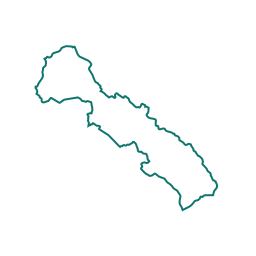 an SVG outline of Manica, rotated 122°
{"feature_id": "MOZ-1192", "entity_name": "Manica", "entity_type": "Province", "adm_level": 1, "iso_a3": "MOZ", "parent_name": "Mozambique", "parent_adm1": "", "projection": "robinson", "projection_center": [33.487, -18.999], "detail": "fine", "context": "isolated", "style": "outline", "palette": "teal", "viewbox_px": 256, "rotation_deg": 122, "n_neighbors": 0, "source": "natural_earth", "source_scale": "10m", "svg_char_len": 5899}
<svg xmlns="http://www.w3.org/2000/svg" viewBox="0 0 256 256"><g transform="rotate(122 128 128)"><path d="M110.6,103.7L111.3,102.5L112.4,101.7L112.5,101.2L112.3,100.4L111.6,99.6L109.9,98.1L109.4,97.2L109.2,96.6L109.3,96.3L109.8,95.4L110.1,94.5L110.1,94.2L110.0,92.9L108.7,88.6L108.7,87.7L108.9,86.5L108.4,85.9L108.4,85.5L108.6,85.2L109.1,84.7L109.3,84.2L109.2,83.4L108.8,82.3L108.7,81.5L108.8,80.7L109.0,79.8L109.4,79.1L110.0,78.8L111.0,78.1L111.1,76.6L111.0,74.8L111.1,73.2L111.7,71.7L111.9,70.9L111.7,70.0L111.2,69.3L109.9,68.6L109.2,68.1L109.1,67.7L108.7,66.3L108.7,65.9L108.9,65.6L109.2,65.4L109.5,65.1L110.9,62.0L111.4,61.1L112.3,60.7L112.6,59.6L112.5,59.0L112.3,58.4L112.3,58.2L113.0,57.2L114.3,54.2L114.4,53.9L114.4,53.6L114.1,52.7L114.1,52.2L114.4,51.1L114.5,50.2L114.9,49.0L115.6,47.8L116.3,47.2L116.8,46.6L117.2,46.4L118.7,46.1L119.2,45.6L119.4,45.3L119.7,43.7L120.8,39.9L122.2,37.7L122.3,37.3L122.4,36.9L122.4,36.5L122.5,35.8L122.5,35.0L122.6,34.3L123.4,33.3L123.8,32.9L124.4,32.7L124.6,32.5L124.9,31.7L126.9,28.8L127.1,28.4L127.2,28.1L126.9,27.5L126.9,27.3L127.0,26.4L126.9,25.4L127.2,25.2L128.4,23.2L129.2,22.4L130.1,21.7L131.1,21.3L132.3,21.1L135.9,21.5L136.5,21.4L138.1,20.8L138.6,20.7L139.9,20.7L140.0,20.5L140.7,21.4L141.7,23.2L142.9,24.9L144.0,26.8L144.7,27.5L145.6,28.0L146.0,28.1L146.7,28.2L147.1,28.4L147.4,29.5L147.7,29.9L148.3,30.1L149.6,29.7L150.1,29.8L151.3,30.1L152.0,30.4L153.8,32.1L154.4,32.5L155.0,32.8L157.4,32.9L159.8,33.4L161.8,34.1L168.6,38.2L166.4,41.0L165.7,42.7L165.3,43.4L164.2,44.6L163.9,44.8L161.3,46.1L159.2,46.8L158.1,47.4L157.5,47.9L157.3,48.2L155.1,53.1L155.1,53.4L155.0,54.0L155.1,56.3L155.0,57.1L154.8,58.0L154.1,59.5L153.6,61.3L153.3,63.3L153.3,65.5L153.2,66.1L151.7,69.9L151.6,70.4L151.7,71.0L152.7,75.4L152.8,76.0L152.3,80.0L152.3,80.6L152.4,81.0L152.7,81.3L155.7,82.6L155.9,82.7L156.6,83.7L157.0,84.1L157.2,84.3L157.2,84.8L157.0,86.6L157.3,87.3L157.3,88.4L157.1,90.1L156.2,93.7L155.8,95.0L155.2,95.6L153.7,95.4L153.2,95.5L152.8,95.8L151.7,97.5L151.0,97.7L150.3,97.4L149.8,97.1L149.4,96.7L148.7,96.1L148.3,95.6L148.1,94.4L147.7,93.6L147.0,92.8L146.5,92.6L144.9,92.3L144.6,92.9L144.4,94.2L144.2,94.6L143.4,95.4L142.5,96.0L141.9,96.5L141.4,97.3L140.4,98.5L140.4,99.2L141.3,100.9L141.5,101.5L141.4,102.5L141.1,103.7L141.1,104.2L141.1,104.3L141.7,104.5L141.9,105.4L142.3,106.2L142.4,106.8L141.6,108.0L140.8,108.4L140.2,109.3L139.7,109.7L138.9,111.0L137.8,112.2L137.3,113.0L137.1,113.4L136.8,114.9L136.7,115.4L137.1,116.4L138.3,116.4L138.8,116.6L140.0,117.4L141.3,117.9L141.7,118.2L141.9,118.6L142.2,119.5L142.6,119.8L143.7,120.3L144.1,120.6L144.3,121.1L144.7,122.5L145.1,122.9L145.4,123.1L146.3,123.2L146.7,123.5L147.1,124.3L147.5,124.7L147.9,124.8L148.2,124.8L148.0,126.1L144.4,140.8L144.3,151.1L144.3,151.8L144.0,152.1L143.6,152.2L142.7,152.2L142.0,152.4L141.6,152.6L141.5,153.2L141.7,154.1L142.6,155.6L142.6,157.0L142.4,159.0L142.5,160.2L143.7,160.3L144.0,160.5L144.2,161.1L144.5,161.4L145.5,161.5L145.9,161.8L146.4,162.4L147.1,162.7L146.3,163.1L145.4,163.2L145.0,163.6L144.1,164.2L143.8,164.6L143.4,165.4L143.0,165.8L141.5,166.4L140.8,167.1L139.6,167.4L139.1,167.7L138.1,169.5L137.4,169.6L137.1,169.4L136.2,168.4L135.5,168.0L135.1,166.9L135.0,166.7L134.6,166.7L133.4,167.4L132.3,167.4L131.9,167.5L131.0,168.3L129.9,168.9L129.4,169.4L129.2,169.7L125.9,172.6L125.7,172.9L125.7,173.1L126.6,176.6L126.9,176.9L127.8,177.3L128.2,177.7L128.5,179.5L129.0,180.3L129.3,181.0L129.3,181.5L128.6,183.6L128.5,184.1L128.6,186.2L128.7,186.8L137.7,197.0L138.2,197.3L142.4,199.0L142.8,199.3L143.0,199.8L143.0,200.3L143.2,208.8L143.3,209.3L143.6,209.5L144.0,209.5L146.9,209.8L147.3,209.9L150.9,213.0L151.3,213.5L151.4,213.9L151.4,214.5L151.2,215.1L150.8,215.6L150.5,215.8L149.2,216.6L148.8,217.3L148.8,217.6L148.9,218.5L148.8,219.0L147.9,219.7L147.8,220.2L147.7,220.8L147.5,223.7L145.7,223.9L145.1,224.3L144.3,225.2L143.3,226.7L143.0,227.7L142.6,227.9L142.2,228.1L141.8,228.2L141.6,228.0L141.3,227.3L140.5,227.1L139.6,227.1L137.6,227.5L131.4,227.2L130.0,227.4L128.7,227.8L126.3,229.9L125.5,230.4L124.1,230.8L122.7,231.5L122.0,231.8L121.1,231.7L119.7,231.1L118.9,231.0L118.3,231.1L116.1,232.1L115.4,232.6L114.7,233.3L114.2,234.1L113.6,235.5L112.9,235.2L112.0,234.4L110.6,234.3L110.3,234.0L110.2,232.8L110.0,232.2L109.4,231.6L108.8,231.2L108.3,231.0L107.7,230.9L105.7,231.2L105.0,231.2L104.4,231.0L103.8,230.7L99.8,227.3L98.4,226.7L97.7,226.6L95.4,226.7L94.8,226.4L92.8,225.0L91.2,223.6L88.6,218.6L88.9,217.9L88.9,217.6L88.5,217.5L88.2,217.1L87.6,216.7L87.4,216.3L92.0,210.0L92.8,208.2L93.1,206.6L92.0,197.8L92.1,196.1L92.5,194.4L93.6,192.8L95.2,192.6L96.9,192.8L98.4,192.5L99.3,191.4L101.6,186.6L105.5,181.3L105.8,180.7L106.0,180.1L106.2,178.9L106.2,178.6L106.0,178.0L105.9,177.7L106.0,177.3L106.5,176.3L106.7,175.7L106.9,173.7L107.3,173.3L108.4,173.0L108.7,172.4L108.9,171.1L109.4,170.7L111.3,170.7L111.0,169.4L111.1,166.4L111.8,164.0L111.9,162.2L112.1,161.3L112.2,160.5L111.9,160.0L111.1,159.7L110.3,159.1L109.7,158.5L109.4,157.7L109.7,156.1L109.6,155.3L109.0,154.9L108.3,155.1L107.3,156.3L106.5,156.6L105.6,156.5L105.0,156.4L104.6,155.9L104.4,155.0L104.6,154.6L104.9,153.8L104.8,152.5L105.0,149.5L105.0,148.8L104.8,147.9L104.3,147.7L103.6,147.8L102.9,147.7L102.5,147.2L102.5,146.4L102.7,144.7L102.6,143.5L102.7,143.1L104.1,141.4L104.6,140.5L104.9,139.8L105.0,139.1L105.0,138.0L106.1,132.9L105.8,131.5L105.5,131.1L104.9,130.5L104.6,129.2L104.3,129.0L104.0,128.8L103.3,128.8L101.1,129.1L100.6,129.1L100.2,128.9L99.9,128.6L99.8,128.1L99.9,127.5L99.8,127.1L99.6,126.2L99.6,125.7L100.0,125.3L100.8,124.7L100.3,124.4L100.1,123.8L99.9,121.5L99.9,121.2L103.4,119.4L104.5,119.2L105.9,119.3L106.9,119.2L107.5,118.7L107.9,117.8L108.1,116.7L108.2,115.3L107.9,114.2L106.9,111.8L106.4,110.4L106.3,109.5L106.4,108.8L106.8,108.3L108.1,107.7L110.2,106.5L110.9,106.0L111.1,105.1L111.0,104.7L110.5,104.1L110.5,103.7L110.6,103.7Z" fill="none" stroke="#0f766e" stroke-width="2"/></g></svg>